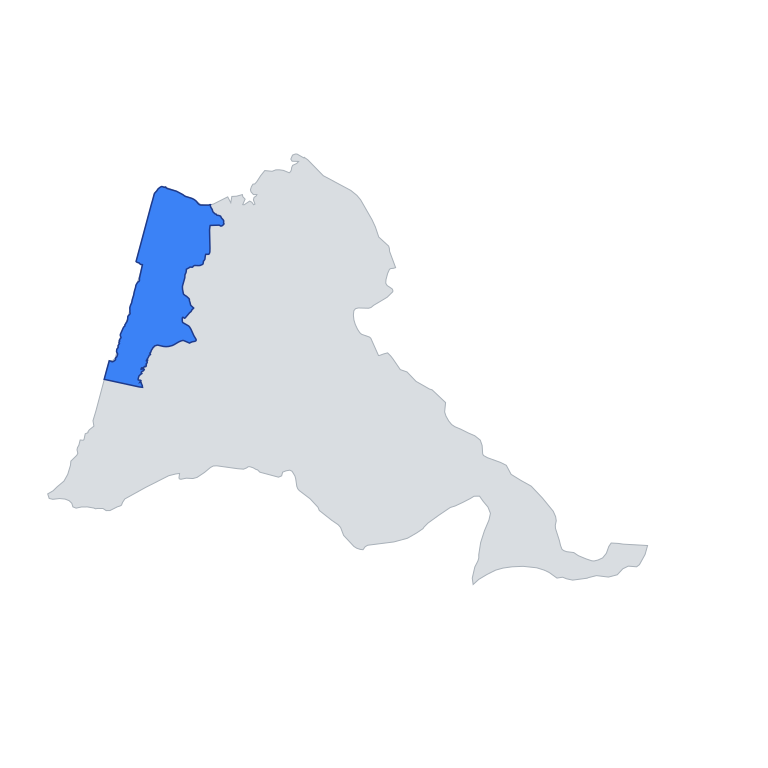 Sud highlighted on a map of Cameroon, rotated 105°
{"feature_id": "CMR-803", "entity_name": "Sud", "entity_type": "Province", "adm_level": 1, "iso_a3": "CMR", "parent_name": "Cameroon", "parent_adm1": "", "projection": "albers", "projection_center": [11.82, 2.912], "detail": "fine", "context": "in_parent", "style": "filled", "palette": "blue", "viewbox_px": 768, "rotation_deg": 105, "n_neighbors": 0, "source": "natural_earth", "source_scale": "10m", "svg_char_len": 7945}
<svg xmlns="http://www.w3.org/2000/svg" viewBox="0 0 768 768"><g transform="rotate(105 384 384)"><path d="M185.7,519.7L187.2,515.6L198.5,496.6L205.6,466.2L208.8,459.0L212.1,454.3L228.4,438.1L234.5,433.0L243.4,427.1L249.6,415.2L251.7,413.9L254.5,412.9L268.6,402.9L269.8,404.8L270.7,407.3L271.8,408.4L276.3,409.1L282.6,409.1L286.2,408.4L288.1,406.4L290.0,400.8L291.2,399.7L292.6,399.4L299.4,403.4L310.7,414.4L313.5,416.4L314.8,418.5L317.2,428.5L318.6,431.0L321.0,432.1L325.4,431.4L330.0,429.6L334.0,427.1L337.9,423.8L340.6,420.8L341.8,418.5L342.4,410.3L343.2,408.6L357.9,396.7L357.5,395.6L355.1,392.2L353.0,388.6L355.2,384.8L357.4,381.9L365.9,372.0L366.4,364.9L373.2,353.7L377.1,338.8L377.2,336.0L386.0,319.7L395.3,318.2L398.9,315.9L403.0,311.9L405.7,308.1L406.9,304.5L407.9,297.6L409.5,289.8L410.5,282.9L413.3,276.5L418.0,273.3L426.0,270.6L427.3,269.4L428.4,265.1L429.6,251.1L430.9,244.8L438.4,237.8L441.7,226.8L444.6,215.3L453.1,201.5L463.1,187.6L467.7,183.9L471.6,182.2L476.1,182.0L479.1,181.0L489.8,174.1L494.3,171.7L497.6,169.3L498.4,167.3L498.7,164.2L497.7,157.1L499.5,151.9L500.6,143.8L501.0,137.5L500.6,135.3L498.6,131.7L495.4,127.8L490.0,125.4L482.7,124.8L478.8,123.4L477.3,116.2L476.8,111.6L471.8,87.6L481.1,87.7L492.4,90.5L495.2,92.7L496.7,100.9L500.7,105.5L507.9,109.3L512.4,117.2L514.1,129.2L518.1,136.4L519.0,137.5L524.6,151.0L524.9,157.3L524.4,161.5L526.7,166.7L523.3,175.7L522.3,181.2L522.0,188.9L524.1,202.4L527.4,212.9L531.0,221.4L534.9,228.0L541.3,235.2L548.2,241.9L554.6,246.0L548.7,248.5L537.2,248.9L530.7,247.5L527.5,247.4L524.3,248.3L512.1,249.6L499.8,249.0L488.3,247.4L481.4,247.7L476.0,251.7L471.7,257.8L467.6,262.7L469.1,268.0L472.2,270.9L478.1,277.4L483.4,283.7L486.1,288.0L496.7,297.2L506.9,305.5L511.8,308.3L513.6,308.9L519.2,313.7L526.9,321.4L534.0,333.6L544.0,358.1L546.1,360.1L549.5,361.4L549.9,364.0L549.7,367.8L548.7,371.0L540.7,383.8L533.8,388.8L531.8,391.8L529.2,399.2L522.9,413.8L520.2,415.8L514.0,425.7L508.9,438.2L507.6,440.1L505.5,441.7L498.3,444.8L495.8,446.3L492.1,450.2L491.6,452.7L493.3,456.3L495.4,459.1L499.2,459.1L501.3,461.8L501.3,481.1L499.6,484.0L499.7,485.3L498.8,488.6L498.6,492.3L499.1,493.8L500.6,495.0L502.6,497.6L503.7,503.5L506.3,524.4L507.4,527.7L509.5,530.0L515.9,534.5L522.6,540.4L524.8,544.2L526.1,550.5L528.6,555.5L528.6,557.2L527.5,557.8L523.3,558.3L524.8,561.9L528.3,568.2L545.5,587.4L562.1,604.6L566.0,605.9L568.9,606.2L570.1,607.3L571.6,609.7L577.2,616.0L578.2,619.6L577.0,623.1L578.3,628.4L579.2,630.4L578.9,632.1L579.5,638.7L581.1,644.4L583.6,649.3L583.2,652.7L580.0,654.7L578.2,657.9L577.7,662.3L578.6,667.7L581.1,674.1L581.2,677.8L577.2,680.4L572.8,676.0L567.9,673.1L560.6,668.0L553.2,666.1L543.6,665.8L539.5,666.5L532.4,662.3L530.2,661.8L527.0,663.5L524.8,663.6L522.1,662.9L516.7,663.0L516.2,660.0L515.3,659.4L509.4,659.7L507.6,657.3L506.8,657.6L504.5,656.8L499.8,653.3L494.8,655.6L484.6,655.3L432.7,655.4L431.4,652.1L428.8,650.4L424.2,650.3L410.4,650.9L399.9,650.4L392.8,649.2L384.0,648.4L373.1,649.0L362.0,649.0L342.1,648.1L331.1,648.2L331.4,650.2L330.7,651.6L330.1,655.1L259.6,655.0L253.9,652.6L252.2,651.1L251.6,648.2L250.3,647.9L251.4,635.6L253.8,625.4L254.8,615.9L258.1,607.4L256.3,599.0L254.3,595.3L243.7,583.4L248.6,578.9L242.2,579.5L240.8,575.1L237.7,569.8L239.6,568.9L241.4,566.0L247.3,566.9L247.1,565.5L242.1,561.1L242.6,558.8L244.6,556.3L243.6,555.2L240.0,557.8L237.4,557.8L235.4,556.1L233.9,555.8L234.8,559.2L232.8,562.2L230.9,563.3L227.6,563.1L224.9,562.3L224.2,560.6L221.7,559.3L214.6,557.0L208.7,554.4L207.5,547.1L205.2,544.0L204.2,540.5L203.7,536.4L204.5,530.2L203.0,529.2L201.3,528.9L198.7,529.2L196.4,528.8L193.6,525.4L191.1,524.1L192.6,530.4L190.9,532.2L186.6,531.6L184.8,529.2L184.4,527.5L186.4,519.8L185.7,519.7Z" fill="#d9dde1" stroke="#a8b0b8" stroke-width="1"/><path d="M353.0,649.2L352.2,649.1L349.5,648.3L348.5,647.4L348.0,647.1L347.2,647.0L346.6,647.2L345.2,647.6L331.3,648.2L331.2,648.6L331.4,649.3L331.5,650.0L331.2,650.7L330.8,651.3L330.4,651.9L330.4,652.7L330.4,653.4L330.3,654.0L330.1,654.7L329.7,655.2L314.1,655.2L298.5,655.2L282.9,655.2L282.1,655.2L270.6,655.2L267.2,655.1L260.2,655.1L259.2,655.0L255.9,653.3L255.0,653.1L254.0,652.7L252.7,651.8L251.5,650.8L250.8,649.9L250.7,648.9L250.9,647.8L250.8,646.8L250.2,645.9L250.9,645.3L250.9,645.0L251.3,644.1L251.5,634.4L253.1,627.4L254.0,625.2L254.2,624.4L254.4,617.7L254.9,615.3L255.7,613.2L256.7,611.7L257.8,610.3L258.5,608.9L258.6,607.2L256.6,599.6L255.7,598.4L255.7,598.0L256.2,598.1L256.5,598.0L257.1,597.7L258.0,597.1L258.3,596.9L258.6,596.5L259.1,595.9L259.6,595.4L260.2,594.9L261.6,594.1L261.9,593.8L262.1,593.6L263.3,591.4L263.4,591.2L263.5,590.8L263.4,590.3L263.4,590.0L263.5,589.9L264.0,589.4L264.1,589.2L264.2,588.8L264.2,588.7L264.0,587.9L264.0,587.3L264.0,586.2L264.2,585.3L264.3,585.1L264.5,585.0L265.4,584.2L265.8,583.8L266.5,582.7L266.7,582.3L266.9,582.0L267.2,581.7L267.5,581.3L267.7,581.2L267.9,581.1L268.2,581.0L268.5,580.9L269.7,580.7L269.9,580.6L270.0,580.6L270.5,580.1L270.8,580.0L271.5,580.3L272.5,580.9L273.3,581.6L273.7,582.6L273.2,584.3L275.8,592.9L276.2,593.0L280.3,592.4L296.7,587.6L298.1,587.2L301.5,586.4L302.6,586.4L303.6,586.6L304.0,586.9L304.2,587.3L304.5,588.4L304.7,589.6L305.0,589.8L307.2,589.7L309.7,589.3L310.9,589.6L311.6,589.9L312.1,590.2L312.7,590.1L314.3,589.9L314.9,589.9L315.6,590.4L317.1,592.3L317.6,593.6L318.5,597.5L319.1,598.3L319.7,598.8L320.2,598.9L320.7,599.2L320.9,599.8L321.2,601.3L321.4,601.8L322.1,602.3L324.3,604.6L326.2,604.2L327.7,604.1L329.8,604.5L330.7,604.4L332.9,603.9L341.0,604.0L342.2,603.9L344.7,603.1L348.6,601.2L349.2,600.8L350.0,598.9L350.4,597.4L352.0,594.4L352.6,593.9L353.7,593.6L354.4,593.2L355.4,592.5L357.8,591.2L358.2,590.7L359.9,587.5L360.8,587.9L361.7,588.6L363.5,589.0L364.2,589.3L365.4,590.2L371.3,593.0L372.0,593.5L372.1,594.0L371.8,594.6L371.6,595.1L371.7,595.7L372.3,595.9L373.2,595.8L375.7,595.0L376.7,594.4L378.5,587.7L379.2,586.6L381.0,584.7L386.5,580.2L389.4,577.2L390.1,576.8L390.6,576.8L391.1,577.0L391.3,577.3L391.7,577.7L392.9,580.2L394.0,581.6L394.8,582.4L393.9,588.7L393.9,589.1L394.0,589.6L394.3,590.1L394.9,591.2L396.6,593.3L400.2,596.8L401.6,598.4L403.5,601.8L404.3,604.1L404.8,606.7L405.0,612.6L405.2,613.2L406.7,615.5L407.0,615.6L408.0,616.0L408.4,616.3L408.5,616.5L409.9,616.8L410.9,617.2L411.6,617.4L413.3,617.5L414.1,617.7L414.8,618.2L415.8,617.2L416.3,617.4L417.1,618.3L417.5,618.3L418.1,618.3L420.5,618.9L421.2,619.2L421.5,618.9L421.8,618.6L422.2,618.5L422.5,619.5L422.8,619.6L423.2,619.5L423.3,619.0L423.7,618.5L424.4,618.3L425.2,618.4L425.9,618.9L426.3,618.7L426.6,618.6L426.8,618.6L427.3,618.8L427.9,618.3L428.7,618.5L429.2,619.2L429.1,619.9L430.3,620.4L430.7,620.8L431.0,622.1L431.4,622.4L432.0,622.5L432.6,622.4L432.3,621.9L431.6,620.3L431.6,619.9L432.1,619.3L432.6,619.4L433.1,619.7L433.6,619.9L434.6,621.1L435.0,621.4L435.7,621.4L436.1,621.3L436.3,621.2L436.4,620.6L436.8,620.7L437.2,621.1L437.3,621.4L439.3,622.5L439.8,622.8L442.9,622.8L443.6,622.5L443.7,621.9L443.4,620.4L443.6,619.7L444.1,619.8L444.9,620.1L445.6,620.3L445.0,619.4L445.1,619.1L445.9,618.8L447.9,617.2L448.4,616.9L449.1,616.7L449.7,616.4L450.2,619.7L451.9,655.4L451.9,655.5L449.7,655.5L441.7,655.5L432.7,655.4L432.7,654.1L432.9,652.5L432.7,651.8L432.2,651.2L431.4,650.5L430.6,649.9L430.0,649.6L429.7,649.7L428.9,650.0L428.4,650.0L428.1,649.9L427.3,649.3L425.9,649.0L424.3,649.0L423.8,649.1L423.2,649.6L422.2,650.6L421.7,650.8L419.5,651.1L418.0,650.4L417.2,650.2L416.5,650.6L415.9,650.8L415.0,650.6L413.4,650.0L412.9,650.5L412.3,650.8L411.6,650.7L410.9,650.4L410.4,651.0L409.4,650.8L408.2,650.3L407.3,650.0L406.7,650.3L406.1,650.8L405.3,651.3L404.3,651.5L397.2,650.4L396.0,650.0L395.1,649.3L393.9,649.6L393.0,649.3L390.1,648.4L388.1,648.3L385.2,648.9L384.3,648.7L382.6,647.7L381.9,647.5L381.4,647.5L380.3,648.1L379.8,648.2L378.8,648.4L376.7,649.1L375.7,649.3L373.4,649.2L371.3,648.8L370.4,648.8L367.3,649.0L363.4,648.8L359.4,649.1L354.8,649.0L353.0,649.2Z" fill="#3b82f6" stroke="#1e3a8a" stroke-width="1.5"/></g></svg>